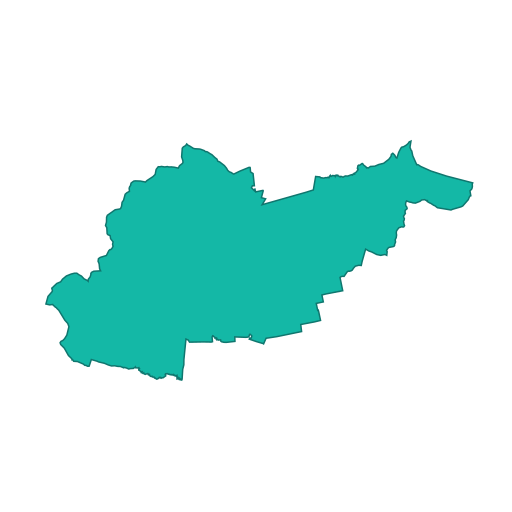 Faget, Timis, Romania, rotated 289°
{"feature_id": "2599482B21720752301587", "entity_name": "Faget", "entity_type": "district", "adm_level": 2, "iso_a3": "ROU", "parent_name": "Romania", "parent_adm1": "Timis", "projection": "albers", "projection_center": [22.161, 45.853], "detail": "fine", "context": "isolated", "style": "filled", "palette": "teal", "viewbox_px": 512, "rotation_deg": 289, "n_neighbors": 0, "source": "geoboundaries", "source_scale": "gbopen_adm2", "svg_char_len": 6133}
<svg xmlns="http://www.w3.org/2000/svg" viewBox="0 0 512 512"><g transform="rotate(289 256 256)"><path d="M395.7,437.1L393.6,410.2L393.3,393.6L394.3,382.6L395.0,379.9L395.0,379.0L394.6,378.3L401.8,371.6L406.0,369.1L406.5,368.2L408.9,366.2L415.1,365.1L413.8,363.7L411.9,363.2L409.9,362.1L407.4,360.0L406.4,358.4L405.3,357.9L400.5,357.2L394.5,357.3L394.6,356.3L396.5,354.4L397.7,351.9L396.2,350.9L394.1,351.2L390.7,350.1L385.2,346.5L382.5,342.3L379.6,339.1L377.9,335.0L375.8,333.6L375.7,332.3L375.3,332.1L375.7,331.2L376.1,331.0L377.0,328.2L378.1,326.7L378.0,326.2L375.4,324.3L375.3,323.4L374.6,323.0L371.9,323.3L371.5,324.2L371.2,323.9L370.6,324.4L367.4,323.2L366.1,321.9L365.5,322.4L365.3,321.5L364.2,321.0L364.5,320.7L363.8,320.1L363.9,319.7L361.5,316.8L360.8,314.5L359.9,313.4L359.2,313.1L358.8,312.1L359.1,311.2L358.8,310.3L358.4,310.1L358.6,309.6L358.2,309.4L358.6,307.4L359.0,307.2L358.9,306.4L358.4,306.4L358.5,305.7L358.1,305.6L358.1,305.2L357.4,305.1L358.0,304.8L357.2,303.9L357.4,303.4L357.0,302.8L357.0,302.1L355.9,301.4L356.2,300.6L355.6,300.5L355.6,300.2L356.2,299.9L354.5,299.3L353.9,299.6L353.6,298.9L353.7,298.1L353.1,297.6L352.8,296.3L351.7,294.7L351.1,291.4L351.6,290.7L350.6,286.5L337.1,288.7L332.6,282.6L306.5,245.1L313.2,246.5L312.9,242.1L320.0,241.6L320.3,241.2L316.5,234.8L318.9,233.2L318.3,232.6L317.7,233.3L317.2,233.2L319.0,229.5L321.2,229.7L321.9,231.6L333.0,226.4L333.7,223.5L337.7,221.7L337.9,222.2L337.6,220.6L336.8,219.7L331.0,213.1L326.3,208.4L326.2,208.0L326.9,205.1L326.9,203.5L327.2,202.7L327.8,201.3L329.3,199.7L331.2,196.7L333.1,191.1L333.2,189.0L334.9,187.5L335.7,185.1L337.5,181.2L337.7,179.7L338.6,176.2L338.5,174.9L338.2,174.2L338.8,172.9L338.9,169.1L338.8,167.9L337.5,163.2L337.4,161.7L338.4,157.5L338.6,155.7L339.4,154.0L337.5,153.5L335.5,151.8L333.9,151.2L325.5,153.4L322.6,155.6L320.8,156.5L319.6,156.3L316.5,154.3L313.8,153.9L313.4,150.1L312.7,147.0L311.8,144.6L311.7,143.0L310.5,140.8L309.9,137.4L309.1,136.1L308.6,134.5L305.4,133.4L300.3,134.1L297.6,132.8L291.9,128.4L289.8,127.3L289.8,126.3L289.2,122.2L287.7,117.3L287.0,116.0L284.4,114.2L282.9,114.2L282.0,114.5L280.5,114.0L278.8,114.0L275.9,115.3L273.9,113.4L271.8,112.2L265.6,112.6L263.2,111.9L259.2,112.7L256.8,112.5L256.1,111.9L253.9,107.8L246.1,102.2L244.0,102.1L239.3,103.6L235.8,103.8L234.2,105.7L228.6,108.0L227.9,109.1L227.8,111.4L225.0,112.9L222.8,116.3L220.5,116.5L218.6,117.7L216.1,117.3L214.7,116.5L214.5,115.8L213.1,115.1L207.8,114.4L204.0,109.2L202.2,107.9L199.6,108.4L197.6,110.2L193.0,112.3L191.4,113.9L188.8,107.6L187.2,106.0L185.9,105.5L184.6,105.9L182.3,106.0L179.4,105.0L177.5,105.5L177.9,104.6L178.4,100.9L180.2,97.5L180.6,94.8L181.4,92.2L180.6,89.9L178.7,87.0L175.4,83.2L171.1,80.6L168.0,79.7L165.2,76.6L159.1,73.4L156.9,74.8L156.2,74.9L150.1,72.5L142.2,73.0L142.6,76.8L144.0,79.6L143.3,80.5L142.8,82.2L142.4,82.6L142.1,84.1L141.5,85.0L140.5,87.2L133.1,96.1L131.0,99.9L128.3,102.1L119.6,102.9L115.4,101.9L113.3,100.9L111.8,99.4L110.2,99.0L108.7,100.2L106.5,104.7L100.8,111.1L99.3,114.4L98.5,115.7L97.9,115.8L98.1,116.6L97.1,117.9L98.1,121.6L97.6,128.0L96.9,129.7L97.3,131.2L96.9,132.2L97.0,132.9L97.5,134.1L104.5,134.0L104.8,140.1L104.6,141.5L105.2,147.7L104.9,151.7L105.0,155.2L106.2,158.1L106.6,161.2L107.4,163.8L107.2,167.3L107.7,167.5L107.8,169.0L108.0,169.2L107.7,172.5L108.6,173.8L109.8,176.7L111.1,177.5L111.1,178.3L111.6,178.3L111.2,178.7L111.4,179.7L111.7,180.8L112.3,181.5L111.9,181.7L111.7,182.4L110.8,182.0L109.9,182.4L110.0,183.3L109.0,184.5L109.6,185.9L108.4,185.8L108.5,186.5L108.2,187.3L109.0,187.9L108.2,188.4L108.0,189.8L108.8,190.6L109.1,191.6L109.7,192.0L109.4,192.6L108.8,192.9L109.3,193.7L108.6,193.8L108.6,194.6L107.9,195.1L107.9,196.3L108.5,196.9L107.9,197.7L108.3,199.1L107.8,199.5L107.9,200.1L107.5,200.3L107.6,201.0L107.2,202.0L107.8,203.1L108.4,203.3L108.8,203.9L109.7,204.0L110.1,204.8L110.1,205.2L109.7,205.4L110.1,205.7L109.8,206.5L110.3,206.8L110.6,207.8L113.3,209.7L114.5,208.7L115.3,209.0L115.4,209.8L115.9,210.2L115.9,211.1L115.6,211.5L116.0,212.1L116.0,212.9L115.7,213.5L116.4,214.3L116.1,215.1L116.7,215.8L116.4,216.3L117.1,216.7L116.5,217.3L116.8,217.6L116.7,218.7L116.3,218.8L116.9,219.4L116.3,220.1L117.1,220.3L116.3,220.8L116.0,221.6L115.5,220.8L114.0,221.4L114.9,222.5L114.2,223.4L114.3,224.4L115.3,224.0L115.0,224.7L115.1,225.4L114.5,225.7L114.5,226.1L115.5,225.9L115.6,226.2L125.0,223.6L129.6,223.2L134.4,221.6L154.7,216.8L154.4,219.4L152.9,221.2L157.6,234.1L160.1,241.8L160.8,242.8L164.9,240.9L166.5,241.0L166.5,241.8L166.0,242.3L165.6,243.9L165.1,244.0L165.6,244.8L165.0,245.1L165.4,245.5L165.4,245.8L164.3,245.7L163.9,246.2L164.6,247.5L164.3,247.9L165.2,249.8L163.9,250.6L163.7,251.4L164.0,254.0L164.7,256.1L168.4,263.9L172.6,262.3L175.8,272.9L176.8,275.0L178.1,275.6L179.2,275.4L180.1,275.8L179.4,277.6L179.0,278.1L176.8,278.2L176.3,277.7L176.5,276.9L175.2,276.7L175.2,284.3L175.5,290.8L175.7,291.0L175.4,291.8L181.5,292.3L186.5,301.9L199.4,323.7L205.8,320.6L212.7,332.7L216.1,338.0L223.6,333.5L225.1,332.5L224.7,332.0L230.8,328.4L234.5,334.6L240.6,331.0L242.9,334.5L251.4,349.3L263.1,342.4L264.1,343.1L264.9,344.2L265.4,345.9L270.8,347.4L271.7,348.2L272.0,349.3L272.9,350.7L274.0,351.6L276.4,352.2L278.7,353.2L280.7,356.2L281.3,358.6L285.5,358.1L298.2,357.4L297.5,361.0L297.5,364.0L296.7,369.6L297.2,373.7L299.2,377.0L299.4,377.8L299.2,379.4L302.8,378.6L303.9,377.6L306.4,378.3L307.4,378.9L309.5,382.6L310.1,383.3L311.1,383.6L311.9,383.3L314.7,383.4L316.6,382.3L319.0,382.6L321.6,382.1L323.5,381.1L325.5,380.7L329.1,381.8L331.1,384.3L331.2,385.5L331.6,386.2L333.0,386.6L334.4,385.5L337.1,384.1L338.2,384.4L339.7,384.1L340.0,383.6L341.7,382.5L344.9,383.4L345.8,382.7L347.8,382.2L349.9,383.5L351.2,382.8L352.3,381.3L353.3,380.7L355.1,380.2L357.1,380.4L357.0,383.7L357.3,385.2L357.3,387.0L357.9,389.5L361.0,393.2L362.9,394.4L364.2,397.1L363.9,398.9L364.2,400.0L363.3,400.1L362.7,402.9L362.7,404.0L361.8,407.5L361.7,409.0L360.7,411.8L363.0,425.4L364.2,426.7L369.2,433.8L370.6,435.2L378.4,438.4L381.1,438.5L382.5,438.9L382.9,439.5L387.3,437.1L389.2,438.1L390.4,438.2L392.1,438.0L394.3,437.1L395.7,437.1Z" fill="#14b8a6" stroke="#0f766e" stroke-width="1.5"/></g></svg>